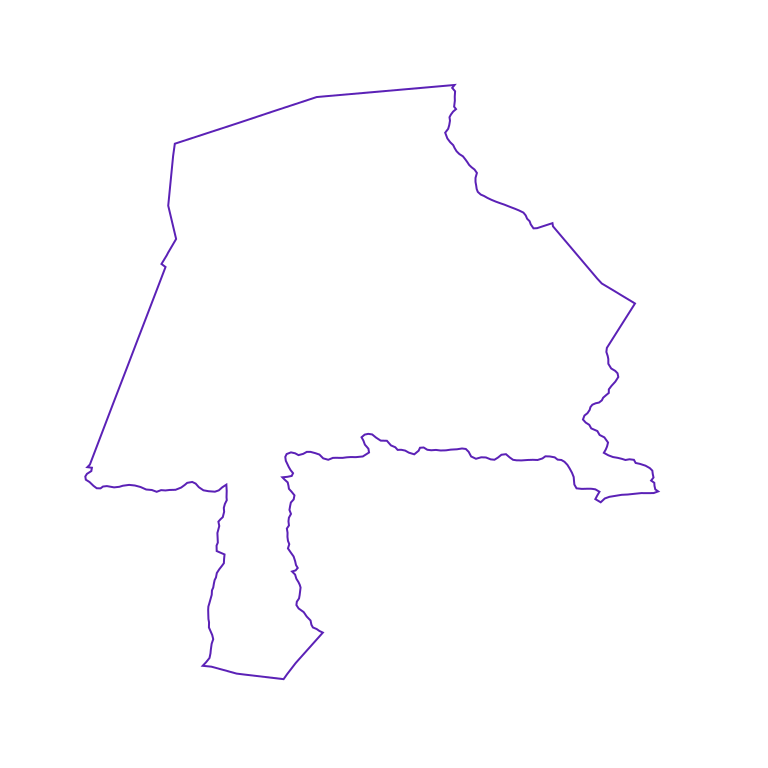 the district of Barras, Piauí, Brazil, rotated 97°
{"feature_id": "56859067B60592668068421", "entity_name": "Barras", "entity_type": "district", "adm_level": 2, "iso_a3": "BRA", "parent_name": "Brazil", "parent_adm1": "Piauí", "projection": "equal_earth", "projection_center": [-42.271, -4.158], "detail": "fine", "context": "isolated", "style": "outline", "palette": "violet", "viewbox_px": 768, "rotation_deg": 97, "n_neighbors": 0, "source": "geoboundaries", "source_scale": "gbopen_adm2", "svg_char_len": 4609}
<svg xmlns="http://www.w3.org/2000/svg" viewBox="0 0 768 768"><g transform="rotate(97 384 384)"><path d="M689.4,495.0L689.4,487.1L689.2,447.7L683.8,444.8L671.8,437.7L668.3,435.3L638.2,414.4L637.0,418.0L635.4,421.0L634.3,424.9L631.8,426.7L627.7,428.1L624.2,432.4L620.2,435.9L617.2,441.4L614.1,444.0L610.7,444.0L607.2,442.2L603.8,442.0L599.8,442.0L596.2,442.0L593.5,443.2L591.0,444.8L587.9,447.3L584.0,449.0L581.3,452.4L579.8,449.0L577.1,447.2L574.4,449.3L570.7,450.6L566.2,452.7L562.5,456.1L558.9,459.3L554.5,458.5L551.4,460.2L547.5,461.2L543.4,461.6L539.3,462.8L536.0,461.1L531.9,462.1L528.3,462.1L524.3,460.5L520.5,462.5L516.4,462.3L513.0,462.0L509.6,459.6L505.4,459.3L502.3,462.5L499.6,465.6L496.7,466.4L493.4,467.6L491.0,471.0L489.0,473.5L487.9,468.6L486.5,464.4L483.6,463.4L480.9,466.2L478.0,468.4L475.3,470.1L472.2,472.1L468.4,473.1L465.4,472.1L463.2,468.0L463.6,463.8L465.0,460.2L463.2,455.7L460.8,452.4L460.3,448.8L461.0,443.8L461.9,439.5L465.2,435.3L466.0,430.1L463.5,425.6L462.9,420.8L462.4,416.2L461.3,412.0L460.6,408.3L460.0,402.9L458.5,396.2L453.8,390.5L450.1,391.6L446.5,395.6L442.6,397.6L439.6,399.8L436.6,397.0L435.4,393.6L435.5,389.6L438.2,385.3L440.6,380.4L440.0,374.2L444.1,369.6L445.4,365.1L447.7,362.5L447.2,358.7L447.5,354.9L449.1,351.0L450.1,345.4L446.0,341.5L442.9,340.5L442.2,336.9L444.0,333.0L444.0,329.0L443.1,324.4L443.1,319.8L442.3,314.5L441.0,309.7L439.9,303.6L438.5,298.7L438.5,294.9L441.0,291.7L445.3,288.7L447.0,283.6L444.9,278.6L444.5,273.9L445.8,268.9L445.7,265.1L443.2,262.0L439.9,258.8L438.8,254.4L441.6,250.2L443.5,246.7L443.6,242.9L443.0,237.8L441.9,232.1L441.1,227.0L440.7,222.3L438.6,217.7L436.1,215.0L435.7,210.6L436.0,205.6L437.9,202.5L437.8,198.7L439.2,195.4L441.9,192.1L445.4,189.3L449.2,186.6L453.2,184.4L457.0,183.6L460.6,182.8L464.1,180.2L464.0,174.9L463.1,168.9L462.7,165.2L462.8,161.4L464.7,157.0L468.8,158.8L472.5,160.2L475.0,154.5L470.7,150.9L468.5,146.5L467.4,142.7L466.2,138.6L465.0,134.5L464.0,128.7L462.4,121.8L460.9,115.2L460.3,109.8L459.4,103.1L457.2,98.8L455.5,101.9L452.2,103.1L449.1,103.7L447.3,107.1L444.0,105.1L440.5,106.3L437.3,107.1L435.1,109.9L433.2,114.5L432.1,120.2L431.7,124.6L428.8,126.7L428.8,131.2L430.0,135.1L429.3,138.8L428.8,143.1L428.6,147.8L427.4,152.7L425.5,157.4L422.0,155.9L418.8,155.0L414.8,154.5L410.1,158.8L408.3,163.8L404.7,166.5L402.8,172.9L399.5,175.3L397.7,179.1L395.0,182.2L390.9,181.2L388.2,178.5L384.6,176.7L381.8,176.3L379.2,174.7L377.4,171.7L376.2,168.3L373.7,165.8L370.9,164.8L368.0,162.2L365.5,159.8L361.9,160.2L358.0,157.9L353.5,154.7L348.5,152.3L344.9,153.5L342.8,156.1L340.9,160.4L336.6,163.8L331.9,164.4L328.9,165.4L325.1,167.2L321.0,167.2L273.5,144.7L260.6,173.5L257.7,180.1L253.4,185.2L206.9,235.5L203.8,236.4L206.2,241.5L209.0,247.5L210.7,251.1L211.3,254.6L207.7,257.8L204.7,259.3L202.5,262.1L199.4,263.9L196.9,266.5L195.3,271.1L194.1,275.4L193.2,279.1L192.2,283.0L191.3,286.4L190.4,290.7L189.4,295.1L188.1,299.8L186.7,304.0L185.2,307.6L184.2,311.0L181.9,314.3L179.1,315.8L175.8,316.7L172.3,317.8L168.3,318.3L163.2,317.5L160.1,320.3L158.2,323.5L156.2,326.2L153.8,328.2L151.4,330.4L148.4,333.4L146.6,337.2L144.2,340.3L141.3,342.6L138.5,344.4L136.0,347.7L132.6,351.0L127.1,353.9L122.9,351.4L119.1,350.8L114.6,350.6L111.2,351.5L108.4,350.4L105.2,348.6L102.4,346.0L100.2,348.2L97.0,348.2L94.2,348.2L90.2,348.8L84.8,349.1L81.8,352.4L78.6,350.4L83.2,372.0L105.4,476.5L107.4,485.8L127.6,528.7L142.5,560.0L171.0,620.9L183.3,621.1L233.3,619.9L265.4,608.0L280.0,614.3L282.7,615.3L292.0,619.5L294.5,615.1L313.9,619.9L363.3,632.2L368.0,633.4L397.1,640.6L436.6,650.5L499.8,666.1L502.7,668.3L502.7,663.7L506.1,663.9L509.4,667.9L512.2,669.2L515.3,668.3L517.2,664.3L520.5,659.9L522.5,656.4L522.1,652.6L520.0,650.4L519.1,646.6L519.5,639.3L518.3,634.2L516.8,630.8L515.2,624.7L515.1,618.9L515.9,613.1L517.7,607.2L517.5,601.5L518.7,596.5L516.5,592.3L516.3,588.0L515.3,583.9L514.4,578.0L511.5,572.7L508.5,569.5L506.1,567.3L504.6,562.4L505.8,558.8L509.0,555.2L511.5,550.3L511.8,545.1L511.5,538.7L509.7,535.0L506.2,531.9L503.1,528.2L509.3,527.1L515.6,526.5L518.5,525.9L522.4,527.3L526.5,527.9L530.3,527.1L535.8,527.8L538.3,529.9L540.8,531.6L545.0,530.2L552.2,531.2L558.1,530.2L561.7,529.6L564.8,530.5L570.2,529.7L572.6,521.5L577.0,521.4L581.4,521.1L584.6,522.9L587.9,524.9L592.0,526.9L596.5,527.2L599.2,528.2L602.5,528.5L606.9,528.7L609.8,529.6L614.2,529.3L618.1,529.9L622.8,530.6L626.3,531.2L629.6,531.0L634.9,530.2L638.7,529.6L641.9,528.6L647.0,528.1L654.1,523.9L658.1,522.4L662.8,523.4L669.1,523.5L672.5,523.4L677.2,523.8L682.0,526.8L685.8,529.6L685.6,520.9L689.4,495.0Z" fill="none" stroke="#5b21b6" stroke-width="2"/></g></svg>